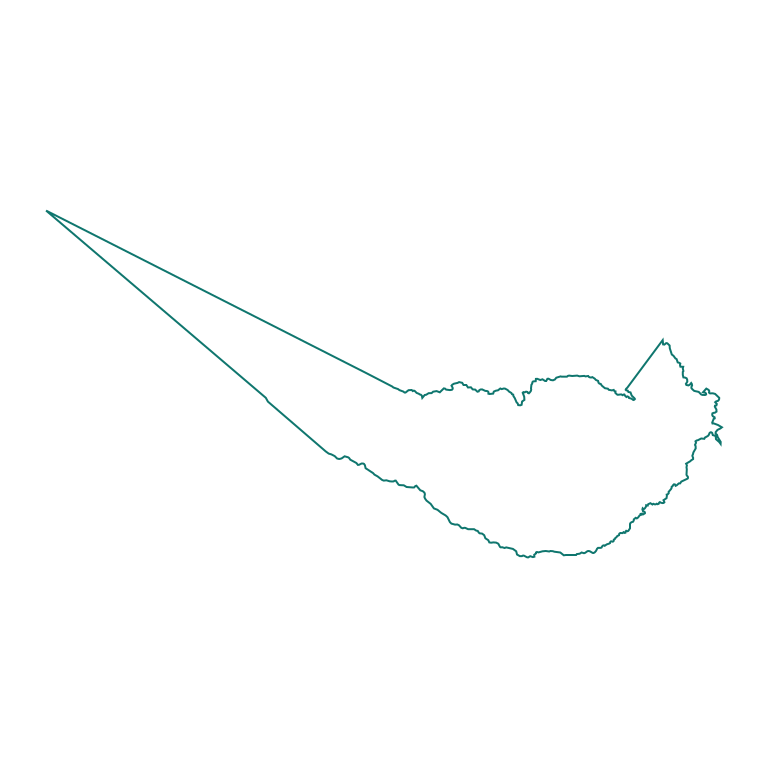 outline of Nithi, Eastern, Kenya
{"feature_id": "3690345B87545875120940", "entity_name": "Nithi", "entity_type": "district", "adm_level": 2, "iso_a3": "KEN", "parent_name": "Kenya", "parent_adm1": "Eastern", "projection": "albers", "projection_center": [37.753, -0.301], "detail": "fine", "context": "isolated", "style": "outline", "palette": "teal", "viewbox_px": 768, "rotation_deg": 0, "n_neighbors": 0, "source": "geoboundaries", "source_scale": "gbopen_adm2", "svg_char_len": 6125}
<svg xmlns="http://www.w3.org/2000/svg" viewBox="0 0 768 768"><path d="M46.1,210.6L265.8,397.8L267.9,401.6L325.7,451.4L328.7,453.6L331.4,454.4L334.7,456.1L337.1,458.5L339.1,459.0L340.7,458.7L341.8,458.3L344.6,456.3L348.1,457.3L349.1,458.0L350.3,459.7L356.4,463.0L357.9,464.9L359.0,464.8L361.6,463.5L363.0,463.5L364.0,463.9L364.9,465.2L365.6,468.2L373.2,473.2L374.4,474.6L377.6,476.4L382.2,480.0L383.8,480.6L386.4,480.3L389.7,481.3L392.0,481.5L393.6,481.4L394.7,480.7L395.7,480.6L398.6,484.7L399.6,485.1L403.8,485.3L406.6,487.0L413.1,487.5L414.2,487.4L415.3,486.1L416.4,485.7L420.3,490.3L422.8,491.2L424.4,492.6L424.9,494.1L424.4,497.0L425.0,498.5L426.5,500.6L430.7,503.9L433.9,508.4L437.5,509.8L441.3,512.9L445.7,515.5L447.5,517.2L449.9,522.1L451.4,523.6L455.0,524.6L457.4,524.5L458.9,525.2L461.3,527.8L462.8,528.3L464.2,527.8L465.3,527.9L468.1,529.2L474.1,529.2L476.2,530.6L477.7,530.9L478.8,532.6L479.6,533.3L482.1,533.6L484.2,535.2L485.4,538.3L488.3,540.2L489.3,542.4L491.1,542.7L493.4,542.4L496.1,542.6L498.3,543.7L500.0,546.9L500.9,547.4L502.1,547.2L504.6,548.0L506.2,547.4L512.9,548.9L516.2,551.3L517.0,554.5L519.8,556.1L522.0,556.1L522.9,555.6L523.8,555.6L527.1,557.3L528.2,557.4L530.2,556.2L532.9,557.1L534.4,556.7L534.2,554.8L536.0,553.4L536.0,552.5L536.9,552.0L538.5,552.4L542.5,551.3L545.8,551.0L549.2,551.5L550.4,551.0L552.9,551.2L554.3,551.7L560.3,552.5L563.8,555.3L565.8,555.0L576.1,555.0L576.8,554.1L579.7,553.7L581.6,552.5L584.0,553.2L585.2,552.8L587.4,551.2L588.3,551.0L589.7,551.2L592.6,552.9L593.6,553.0L594.8,552.3L596.1,550.8L597.1,548.7L598.0,547.9L600.4,547.9L601.5,547.6L602.2,546.3L602.9,545.6L604.0,545.3L604.7,545.8L606.7,544.4L609.1,543.6L610.0,543.1L610.2,542.1L611.1,541.3L612.8,541.7L613.7,540.9L613.8,539.6L614.8,539.1L615.4,537.9L616.4,537.3L617.2,536.1L619.0,535.2L619.3,533.7L620.3,533.0L622.6,533.1L623.5,532.2L624.5,532.9L625.4,532.7L625.5,531.6L626.2,530.8L627.1,531.3L628.3,530.9L630.0,528.3L630.0,524.0L630.4,523.1L631.5,522.2L633.1,521.7L633.8,520.3L633.8,519.4L635.7,517.8L636.8,518.4L638.1,517.5L639.7,515.3L640.9,514.9L640.7,513.9L641.9,513.7L642.9,514.5L644.9,513.3L644.9,512.4L644.4,511.7L643.1,511.5L642.4,509.3L642.7,508.3L643.7,509.2L644.8,508.4L646.0,506.6L646.2,505.2L647.7,505.6L648.2,504.2L650.4,503.2L652.4,504.5L653.3,503.8L654.6,504.3L655.8,504.3L656.8,503.7L657.6,504.2L658.7,503.8L659.2,502.6L659.9,502.1L661.1,502.8L662.8,503.1L663.7,502.9L664.4,502.2L663.5,500.2L666.5,498.2L666.9,495.8L666.7,494.6L667.7,494.3L668.7,493.2L668.6,491.9L671.0,489.1L671.6,487.9L671.7,486.7L672.7,486.0L673.2,485.0L674.0,484.3L675.0,484.5L675.6,485.8L676.7,485.3L678.8,483.4L680.1,483.4L681.3,481.6L687.6,478.6L688.0,477.9L687.8,476.6L686.8,475.5L686.5,474.7L686.8,469.2L686.5,467.3L686.9,465.3L686.1,463.7L690.3,461.2L691.2,460.3L693.1,459.1L693.1,457.7L692.5,456.4L692.4,455.4L692.9,454.5L693.4,452.4L695.7,448.4L695.6,446.1L695.0,444.9L696.0,442.8L695.5,441.3L696.6,440.5L697.9,440.2L701.2,438.5L704.3,438.8L704.9,437.6L707.8,436.0L708.6,435.2L709.7,432.8L710.6,432.3L711.5,432.4L712.2,433.0L712.8,435.1L714.9,435.7L715.7,436.4L716.0,439.2L719.3,442.1L720.6,443.9L720.7,441.9L717.7,437.1L717.0,434.8L715.6,433.6L715.7,432.1L717.5,429.9L720.5,428.4L721.9,427.3L718.0,425.0L713.7,423.4L712.5,423.5L712.2,422.6L713.7,418.8L714.7,418.4L714.6,417.3L712.8,416.2L712.2,414.9L712.4,413.4L713.4,412.9L714.9,412.7L716.5,411.6L716.4,409.5L714.8,406.7L715.0,405.7L716.4,405.4L716.8,404.0L715.2,402.2L716.1,401.4L717.9,400.9L718.7,400.1L719.2,398.9L719.2,397.8L715.1,393.9L712.8,393.3L710.0,393.4L709.0,392.6L709.3,391.1L708.6,389.9L706.3,388.6L703.1,392.2L705.2,392.7L706.0,393.5L706.1,394.5L705.1,395.0L702.3,394.9L701.1,394.4L698.7,391.9L694.2,390.9L692.3,389.2L691.4,388.0L691.4,387.0L692.1,385.4L691.8,383.9L691.2,383.0L689.9,384.6L688.5,385.4L686.4,385.0L685.9,383.9L687.3,381.7L687.2,379.7L686.6,378.3L685.1,377.6L683.4,377.4L682.8,374.9L682.8,371.9L683.4,371.1L682.8,368.4L683.2,366.8L680.4,366.7L680.0,365.0L680.3,363.5L679.2,362.8L677.7,362.4L676.6,359.1L675.4,358.4L673.5,355.8L671.8,354.5L669.8,348.3L669.6,345.5L667.3,343.3L666.2,343.1L664.4,344.6L663.1,344.4L662.7,340.1L627.3,387.7L626.1,388.8L625.7,389.8L626.3,390.4L627.7,390.6L628.4,392.0L630.5,392.4L631.7,395.6L634.4,398.2L634.9,399.0L634.3,399.7L633.3,400.0L631.4,398.6L629.0,398.0L628.6,396.9L627.3,396.4L626.4,397.0L625.1,395.8L624.4,394.5L623.4,394.6L622.7,395.2L621.2,394.4L617.8,394.8L616.9,394.4L615.3,392.8L615.5,391.4L614.4,391.1L613.7,389.9L611.9,390.4L608.8,389.8L607.9,388.7L604.9,388.2L601.8,385.6L600.7,383.9L599.5,383.7L598.5,382.7L598.1,380.9L595.8,379.9L594.8,378.7L592.3,377.1L591.3,377.5L590.0,377.4L588.9,376.9L588.2,376.0L585.5,376.4L584.3,375.9L579.4,376.3L577.2,375.6L572.2,376.0L569.1,375.6L567.9,375.9L566.9,376.7L561.7,376.7L560.6,376.4L556.3,377.7L554.9,379.5L553.0,380.3L550.8,380.0L548.5,378.7L547.4,378.8L546.2,381.0L545.1,381.0L542.5,379.3L540.3,380.0L537.2,378.8L535.9,378.9L535.7,381.2L533.2,381.4L532.4,382.2L532.2,383.6L531.4,384.8L531.0,388.5L531.2,389.6L530.9,390.9L529.9,392.3L528.9,393.3L528.0,393.0L527.5,392.0L526.4,391.7L525.5,391.8L524.7,392.4L523.4,392.1L522.7,392.8L524.2,396.7L524.4,399.9L522.1,401.5L521.6,404.8L520.3,405.3L518.2,405.1L517.7,403.4L516.6,402.4L514.8,398.2L513.4,396.0L513.2,394.6L512.0,394.2L511.4,393.0L509.1,391.6L507.6,390.0L505.0,388.6L503.8,388.5L501.7,389.1L500.3,388.5L498.0,390.3L495.8,390.7L493.8,391.6L493.2,393.6L489.6,394.0L488.4,393.7L488.5,392.3L488.0,391.5L486.9,391.0L485.3,390.9L482.1,389.4L480.5,389.5L479.3,390.2L478.7,391.4L477.4,391.7L475.2,389.6L472.7,389.4L470.9,387.3L468.0,387.5L466.3,385.0L463.5,385.0L462.2,382.8L459.1,382.1L457.6,382.9L454.0,383.7L452.3,384.7L451.5,385.7L452.6,387.6L452.7,388.8L451.9,389.8L450.0,390.1L446.1,389.6L445.0,388.6L443.8,388.4L439.8,392.3L436.6,391.1L433.1,391.7L431.6,393.1L428.6,393.2L426.3,394.7L424.7,395.0L422.3,397.9L421.8,395.6L420.8,394.7L419.6,394.4L418.9,393.8L416.6,392.9L414.9,391.1L413.9,390.6L412.8,391.1L411.7,390.0L408.5,390.2L405.6,392.5L404.5,392.5L403.4,391.6L399.4,390.1L398.1,389.1L393.4,387.5L392.2,386.5L366.1,373.0L46.1,210.6Z" fill="none" stroke="#0f766e" stroke-width="2"/></svg>